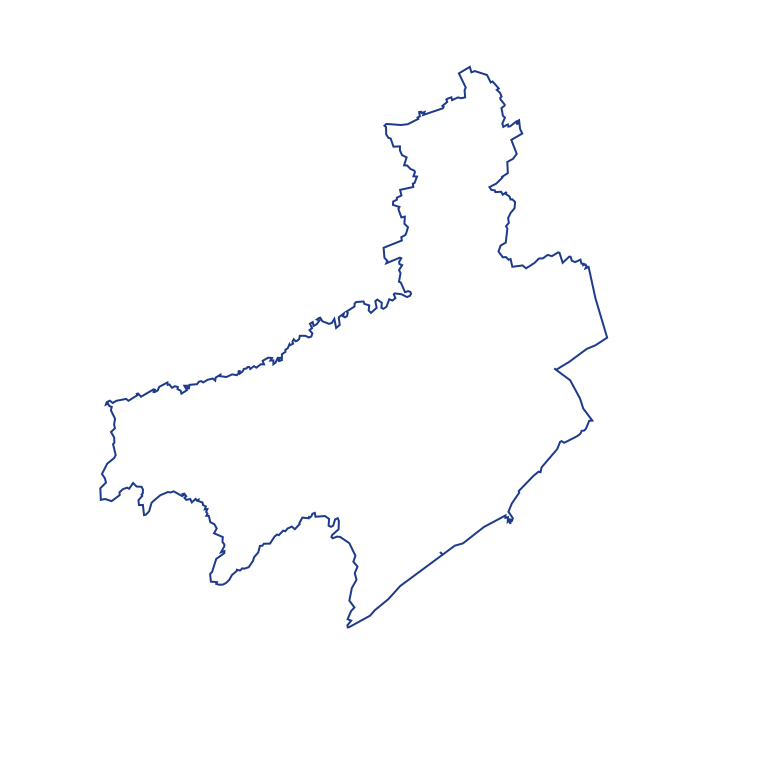 Sukoharjo, Jawa Tengah, Indonesia, rotated 47°
{"feature_id": "22746128B41417259813102", "entity_name": "Sukoharjo", "entity_type": "district", "adm_level": 2, "iso_a3": "IDN", "parent_name": "Indonesia", "parent_adm1": "Jawa Tengah", "projection": "equal_earth", "projection_center": [110.813, -7.683], "detail": "fine", "context": "isolated", "style": "outline", "palette": "blue", "viewbox_px": 768, "rotation_deg": 47, "n_neighbors": 0, "source": "geoboundaries", "source_scale": "gbopen_adm2", "svg_char_len": 6163}
<svg xmlns="http://www.w3.org/2000/svg" viewBox="0 0 768 768"><g transform="rotate(47 384 384)"><path d="M195.4,207.5L197.5,207.3L203.0,212.2L207.1,212.9L209.0,211.7L216.9,215.2L221.1,210.3L224.0,213.0L228.8,214.7L233.7,212.9L237.8,220.2L240.0,218.0L244.7,218.0L248.7,216.3L250.1,216.8L252.2,220.8L254.8,218.4L257.8,224.5L257.2,226.3L259.9,228.2L253.0,239.8L258.0,242.7L256.5,247.6L258.0,248.9L256.8,252.8L259.1,255.3L265.1,252.0L265.9,254.2L274.0,257.7L275.8,254.6L280.7,259.8L285.7,259.5L289.1,265.4L289.6,266.9L288.4,271.2L291.2,273.1L284.1,291.4L292.0,297.6L296.2,297.6L297.3,300.0L302.4,286.2L303.8,285.6L305.0,289.7L306.8,290.9L309.5,289.7L310.9,295.3L314.2,296.3L319.4,303.3L321.3,302.5L331.2,306.0L332.6,303.0L334.6,301.9L336.5,302.7L337.2,304.8L336.1,307.9L330.3,310.0L325.1,314.3L325.1,315.7L329.0,317.1L328.7,320.9L325.6,322.4L329.2,329.5L328.6,333.2L326.5,333.9L323.1,330.2L317.7,331.3L317.5,333.9L323.3,337.4L323.1,345.0L319.8,345.1L316.4,341.2L312.1,343.7L309.7,342.7L305.1,348.4L305.1,350.6L307.2,352.7L305.5,362.0L307.2,361.9L309.1,364.8L308.7,367.0L306.6,367.8L305.0,365.2L304.4,371.6L310.6,376.1L310.4,380.8L302.5,375.9L303.8,380.4L302.6,383.1L296.1,386.3L292.0,385.4L291.4,386.6L291.1,389.1L293.5,387.7L294.4,392.4L293.5,395.9L290.1,393.9L289.4,397.0L294.1,398.6L293.8,401.7L298.2,401.9L299.7,404.8L298.6,407.3L295.2,408.6L291.3,412.7L293.3,415.4L293.1,417.9L292.5,419.5L289.7,419.5L290.6,422.1L292.5,423.0L291.4,426.5L290.5,426.1L292.2,430.0L291.7,432.8L293.3,434.2L292.6,438.3L296.9,442.5L295.6,445.2L294.1,444.9L294.3,441.9L292.4,443.8L294.4,448.8L294.1,451.4L291.3,448.8L289.4,451.1L288.6,448.2L285.8,450.7L284.3,457.0L287.8,458.4L285.6,460.6L285.0,466.2L282.3,466.9L281.8,471.6L279.6,470.9L278.5,472.4L278.9,473.9L277.4,476.2L278.4,478.9L278.0,482.2L276.2,480.7L275.5,481.5L276.9,483.0L277.2,485.6L273.4,488.5L271.4,494.5L266.5,498.5L265.6,497.4L264.5,502.8L266.4,505.1L263.2,505.5L260.6,510.2L259.6,515.1L257.3,515.7L256.1,517.7L256.6,520.9L251.9,526.9L254.2,529.6L253.3,530.6L251.1,529.1L249.1,531.2L254.1,532.4L252.9,538.7L250.2,537.3L246.9,538.5L245.6,536.8L243.0,538.5L242.2,541.6L238.0,541.3L237.1,542.8L235.2,541.3L232.8,550.3L234.4,554.0L233.4,557.5L232.6,557.9L231.9,555.5L230.8,556.1L227.6,570.4L223.3,570.3L222.6,571.5L224.0,572.1L222.0,582.3L219.0,582.8L213.7,591.3L212.9,595.3L209.2,595.9L208.2,599.2L209.4,601.5L210.2,599.2L212.9,599.9L215.0,598.7L217.1,601.7L226.0,604.4L229.4,608.9L232.9,611.0L232.9,616.4L239.1,617.8L243.1,621.3L243.2,623.2L253.0,628.7L254.1,631.9L253.5,640.8L257.5,651.7L262.6,652.4L266.5,654.6L266.8,662.6L275.6,670.1L277.9,666.4L283.9,663.1L285.0,653.2L282.8,651.2L282.9,646.5L284.6,642.6L286.8,641.9L285.3,635.0L290.2,634.9L293.9,631.4L296.8,632.3L299.5,635.0L299.5,636.7L301.0,637.1L301.5,642.8L305.5,645.8L308.0,642.8L316.2,648.9L317.2,647.2L316.9,642.6L312.4,635.1L312.3,632.6L312.8,623.4L315.6,615.8L317.8,614.0L319.1,611.0L328.3,608.1L328.5,606.4L327.2,606.3L328.0,604.8L331.2,605.2L331.2,607.6L333.9,607.6L336.0,604.1L339.5,605.3L339.6,600.1L341.5,600.4L342.1,598.5L343.0,599.6L346.9,597.5L349.1,598.9L352.1,597.8L353.5,600.6L355.0,598.5L356.3,601.3L358.6,601.6L359.2,603.8L361.1,602.1L366.6,605.3L370.8,603.7L375.5,604.8L377.3,610.1L386.0,606.3L389.4,609.9L392.5,610.2L393.8,611.5L395.9,617.9L397.4,614.7L398.8,616.2L397.5,626.0L404.2,637.9L404.4,640.8L410.5,645.4L415.0,641.3L415.7,643.0L417.9,641.9L420.8,638.8L421.8,635.2L421.7,630.5L420.0,625.6L420.3,619.2L419.5,618.3L422.2,616.5L422.2,613.3L423.8,612.2L425.7,607.9L424.0,600.4L422.1,597.2L421.4,590.8L417.8,585.2L419.3,583.3L418.9,580.8L423.0,576.2L420.9,568.0L421.2,564.9L422.8,564.0L422.5,557.7L424.4,556.6L423.9,553.2L425.4,548.7L429.4,548.2L428.9,541.2L428.1,541.0L426.0,534.8L430.9,530.6L430.1,529.5L431.2,528.9L431.1,527.1L430.1,524.8L431.1,522.5L434.4,524.6L440.3,517.2L445.2,516.2L449.8,521.1L452.3,520.2L452.9,517.7L449.7,512.1L450.6,509.4L453.4,510.4L459.3,516.3L459.1,525.0L460.0,526.8L461.9,526.7L463.6,522.4L465.9,520.4L476.7,517.9L490.1,522.0L493.1,527.6L499.5,527.9L502.4,534.4L508.4,537.6L511.3,546.7L518.8,557.1L527.2,558.0L527.7,563.2L531.2,571.0L534.7,569.4L535.5,575.3L537.2,576.5L538.0,575.5L543.9,552.3L543.2,544.9L544.3,527.4L542.8,509.9L550.5,442.5L554.4,435.0L556.7,408.6L563.0,384.8L564.7,386.5L565.9,384.2L568.8,387.1L568.4,384.7L569.7,383.7L569.7,386.4L572.6,386.7L570.7,385.5L571.4,383.8L570.0,381.3L562.3,380.1L558.6,372.1L555.7,359.2L554.2,358.5L553.1,337.1L553.5,330.8L555.2,329.7L552.4,325.5L549.7,301.6L546.4,294.6L546.8,293.2L549.9,292.3L553.9,278.3L554.3,274.4L553.1,271.4L554.6,269.2L554.5,267.0L550.9,259.0L552.8,256.6L537.8,255.0L528.2,250.5L508.2,245.3L488.6,248.9L491.0,248.3L491.4,246.5L494.1,233.6L496.6,211.8L499.9,203.0L502.3,189.2L465.5,170.9L437.9,154.5L436.9,157.7L435.9,155.5L434.1,155.1L433.0,157.2L432.2,156.0L430.6,157.5L427.1,155.5L425.2,161.1L421.9,162.5L418.2,160.8L417.2,161.6L417.2,170.7L407.8,166.2L406.5,166.9L405.0,174.0L401.2,176.3L400.5,182.1L397.9,185.1L398.1,191.5L396.3,201.2L391.8,201.8L385.8,210.2L378.9,206.2L378.2,208.1L374.3,208.3L372.3,210.7L365.2,209.9L362.3,204.3L363.6,198.5L354.6,187.9L351.8,187.1L351.3,182.8L347.3,180.1L345.2,174.5L344.5,168.7L340.3,164.0L336.4,164.2L335.4,165.6L332.4,164.3L327.9,165.4L327.2,163.4L326.5,168.0L323.3,167.2L319.6,171.7L318.0,170.9L315.3,173.1L311.9,172.6L314.0,165.3L313.8,156.6L313.0,156.4L314.2,149.6L305.7,142.4L307.3,136.1L306.2,130.0L292.3,124.4L295.1,112.1L290.2,110.5L283.2,105.3L282.8,107.1L285.0,108.1L284.6,109.3L282.2,108.5L281.6,115.9L280.6,117.5L278.6,116.4L277.3,121.4L274.2,119.8L271.7,113.9L268.9,114.1L262.3,109.9L262.7,106.1L262.0,105.2L255.2,104.7L254.0,103.8L254.0,102.0L250.2,100.6L245.8,100.9L246.2,98.5L236.8,98.3L236.2,100.3L228.3,97.9L217.2,104.1L215.6,107.5L210.6,105.0L207.9,117.4L222.9,122.0L224.1,124.7L229.7,129.2L227.6,132.7L224.9,134.4L222.8,140.6L220.3,139.2L218.8,142.5L218.4,144.3L220.8,145.4L220.5,151.6L221.9,151.3L222.5,152.9L214.0,171.8L212.7,168.9L211.4,171.7L210.2,171.2L209.1,172.8L212.7,175.3L212.0,177.7L213.5,178.1L210.2,189.5L206.1,195.0L195.4,204.9L195.4,207.5ZM548.6,457.5L545.4,457.6L545.1,457.6L546.8,457.5L548.6,457.5Z" fill="none" stroke="#1e3a8a" stroke-width="2"/></g></svg>